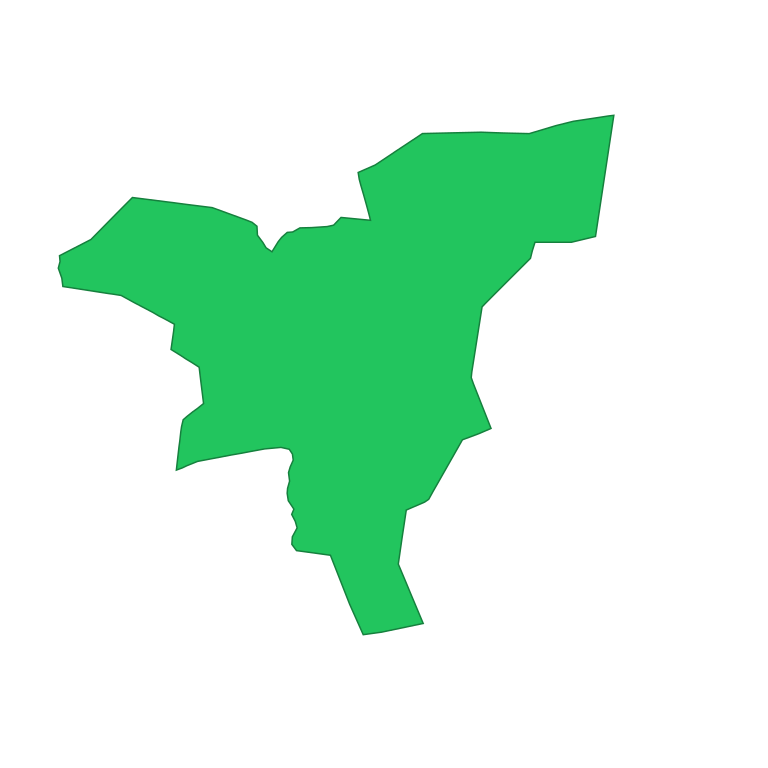 outline of Picos, Piauí, Brazil, rotated 76°
{"feature_id": "56859067B73574767858251", "entity_name": "Picos", "entity_type": "district", "adm_level": 2, "iso_a3": "BRA", "parent_name": "Brazil", "parent_adm1": "Piauí", "projection": "albers", "projection_center": [-41.518, -7.049], "detail": "fine", "context": "isolated", "style": "filled", "palette": "green", "viewbox_px": 768, "rotation_deg": 76, "n_neighbors": 0, "source": "geoboundaries", "source_scale": "gbopen_adm2", "svg_char_len": 1801}
<svg xmlns="http://www.w3.org/2000/svg" viewBox="0 0 768 768"><g transform="rotate(76 384 384)"><path d="M417.3,606.3L416.6,599.9L415.6,595.1L414.0,583.6L415.9,549.8L416.7,538.9L417.2,529.9L418.1,515.5L420.6,499.3L424.4,491.7L429.8,489.8L435.9,490.5L441.8,495.1L446.9,498.1L455.4,499.1L461.9,502.8L466.6,504.4L474.1,505.1L483.6,501.7L488.2,505.1L495.9,503.3L502.6,503.1L510.1,509.9L517.3,512.2L524.5,509.2L526.6,503.9L537.2,477.4L589.4,470.6L622.2,464.8L624.2,446.4L625.8,403.9L593.5,408.9L585.4,410.1L562.2,413.7L536.7,403.3L526.9,399.2L511.7,392.9L510.7,387.0L508.4,373.1L506.7,368.5L499.9,362.2L494.7,357.2L457.1,321.4L455.1,303.7L453.0,290.9L443.1,292.2L405.4,297.2L398.9,297.8L393.6,295.9L332.9,270.2L330.5,266.4L326.6,260.0L311.8,235.4L297.5,211.5L290.7,207.9L283.0,203.2L291.8,167.9L292.0,143.1L178.9,96.0L178.2,101.6L177.4,110.4L175.4,131.6L174.9,136.8L174.9,154.6L176.2,182.5L171.1,201.1L168.7,209.7L163.2,228.8L150.3,286.1L158.2,308.3L160.9,316.0L163.9,324.2L169.4,339.7L172.5,357.9L179.4,358.5L185.5,358.4L195.5,358.0L206.0,357.7L216.2,357.5L221.9,357.5L212.0,385.4L217.7,394.5L217.5,401.1L214.7,416.6L212.2,427.8L214.4,435.9L213.5,441.2L217.0,447.9L220.3,452.2L228.6,460.7L223.3,465.5L217.4,467.3L209.0,470.8L200.2,469.1L195.2,472.9L191.5,478.1L171.3,508.0L162.2,531.6L158.7,540.5L156.9,545.0L155.0,550.0L142.2,583.0L153.2,601.2L172.9,633.4L181.0,667.8L186.8,668.7L192.8,672.0L203.4,671.0L211.7,672.0L229.6,629.4L231.3,625.1L234.5,617.6L244.6,606.7L258.6,591.0L263.5,586.0L266.5,582.5L275.3,572.9L282.0,575.4L299.0,582.3L307.3,574.2L311.5,570.4L316.0,565.9L323.0,559.3L338.8,561.3L349.6,562.6L359.3,563.8L362.8,571.4L364.6,576.0L367.8,583.0L370.1,587.5L376.5,590.8L381.4,592.8L389.8,595.9L395.3,598.1L410.8,603.9L417.3,606.3Z" fill="#22c55e" stroke="#15803d" stroke-width="1.5"/></g></svg>